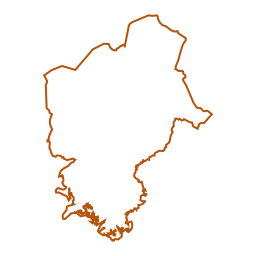 the district of Nacaome, Valle, Honduras
{"feature_id": "27666195B51489907150139", "entity_name": "Nacaome", "entity_type": "district", "adm_level": 2, "iso_a3": "HND", "parent_name": "Honduras", "parent_adm1": "Valle", "projection": "natural_earth1", "projection_center": [-87.534, 13.506], "detail": "fine", "context": "isolated", "style": "outline", "palette": "amber", "viewbox_px": 256, "rotation_deg": 0, "n_neighbors": 0, "source": "geoboundaries", "source_scale": "gbopen_adm2", "svg_char_len": 5851}
<svg xmlns="http://www.w3.org/2000/svg" viewBox="0 0 256 256"><path d="M156.9,15.4L152.2,15.8L148.4,15.4L132.9,21.9L129.9,23.8L128.9,25.5L124.8,46.2L123.7,44.8L122.9,44.7L121.8,45.8L120.2,46.1L119.3,47.4L116.6,48.8L116.3,50.2L115.1,50.5L112.8,49.8L111.1,48.4L110.1,47.3L108.7,44.1L104.0,43.7L92.9,49.3L75.3,69.9L62.5,66.1L61.4,66.2L51.5,70.2L44.2,75.3L47.1,81.0L46.6,83.6L45.8,84.4L46.6,108.1L49.2,110.5L49.6,112.8L52.0,114.2L50.4,118.0L49.8,122.1L50.1,124.5L52.1,129.7L50.2,133.2L48.6,138.0L48.8,139.2L47.4,140.3L47.5,141.5L49.1,141.4L49.8,142.2L49.4,148.2L50.3,149.4L51.0,152.3L52.8,155.9L55.6,156.7L57.0,155.4L60.7,155.8L62.1,157.7L63.4,157.1L63.9,158.7L67.0,160.1L73.2,158.6L75.1,159.8L74.3,160.3L73.5,162.0L71.2,162.7L68.0,166.1L63.7,168.4L60.9,170.7L59.4,174.6L59.1,176.6L60.3,176.0L61.4,176.5L62.1,175.1L62.7,175.7L63.5,180.6L62.2,182.7L64.0,185.8L66.1,186.8L65.9,188.0L64.1,189.4L62.5,189.6L58.3,188.0L56.5,189.2L55.7,190.8L56.2,192.7L58.8,192.4L67.0,196.5L68.7,200.4L69.6,199.4L69.9,197.6L70.3,197.7L68.8,194.0L69.2,192.1L69.0,188.9L69.4,187.7L69.6,194.0L71.1,196.0L70.7,194.2L71.1,194.0L71.3,192.1L71.5,194.6L73.7,197.9L73.7,200.2L72.8,200.9L73.1,202.6L72.6,203.5L74.0,204.4L67.8,206.1L66.8,207.0L66.5,210.0L63.2,214.2L62.6,215.7L63.0,218.7L65.0,219.0L70.4,214.2L70.6,213.7L70.1,213.1L71.2,213.6L73.6,212.9L75.6,213.1L74.2,211.7L75.8,212.7L78.5,210.7L80.9,210.4L81.9,213.3L85.1,212.3L86.1,211.5L85.9,210.1L83.5,207.6L83.4,206.8L84.1,205.9L85.9,205.4L86.6,203.9L87.2,203.6L88.3,205.0L87.5,207.1L88.7,205.6L89.9,205.1L90.4,206.0L89.6,207.1L90.6,206.9L91.3,208.8L91.8,208.7L91.9,207.6L90.7,206.7L90.7,206.2L92.2,207.7L92.1,208.8L91.1,208.8L90.5,207.0L89.1,207.7L89.1,207.0L90.0,206.2L89.8,205.6L89.0,205.9L88.2,207.5L87.2,207.5L87.6,204.6L86.4,205.9L83.7,206.9L86.5,210.2L86.7,211.3L86.3,212.2L82.1,214.0L81.5,213.9L80.4,212.5L78.9,212.3L78.1,214.2L80.7,216.3L85.5,215.3L86.9,214.5L86.8,212.9L89.1,212.6L89.4,212.8L89.4,213.5L88.4,214.2L89.0,214.9L88.2,214.8L88.1,213.6L89.3,213.1L87.1,213.0L87.2,214.5L86.3,215.5L88.0,217.0L90.0,217.1L91.9,215.4L92.4,212.6L92.7,212.4L92.3,215.4L92.9,214.5L93.1,215.2L93.6,215.0L93.9,213.9L94.6,212.7L94.0,214.1L94.1,215.1L93.7,215.9L93.2,216.0L93.2,218.3L93.8,218.7L94.2,217.4L95.2,217.5L95.6,216.2L95.7,217.1L95.2,217.9L96.1,219.0L95.5,219.9L97.0,220.9L97.9,219.7L96.3,218.8L96.3,218.0L96.6,217.3L97.9,216.5L98.1,217.1L97.1,217.3L96.5,218.4L98.1,219.4L98.2,221.2L97.3,221.6L92.8,218.4L92.5,215.8L91.4,218.7L92.3,218.9L93.9,221.4L93.3,221.0L91.9,221.9L90.6,221.7L92.4,223.4L93.5,222.4L94.5,222.9L96.5,222.3L95.0,223.3L95.2,224.3L95.7,223.9L96.6,224.9L97.0,223.7L97.4,223.8L97.3,224.9L104.8,220.4L104.0,222.5L101.8,223.9L100.5,225.4L98.2,230.1L98.2,231.5L98.7,232.2L102.3,229.2L102.7,228.3L104.1,227.7L104.5,228.3L104.6,229.3L104.2,228.0L103.4,228.0L102.5,229.3L99.4,231.6L99.1,232.4L102.5,235.0L104.1,235.1L104.3,234.1L104.8,234.9L106.0,235.1L107.3,234.4L109.9,234.1L109.0,233.4L110.1,233.5L110.5,232.5L111.5,232.1L110.6,230.7L111.2,229.0L111.0,231.2L112.3,232.8L113.7,233.2L113.8,231.3L112.9,230.7L114.2,231.3L115.4,231.0L115.4,230.2L114.5,229.4L115.5,229.9L115.8,230.9L114.4,231.5L114.0,233.7L115.5,233.4L114.4,234.2L115.3,234.3L115.5,235.7L115.1,234.4L114.6,234.4L114.7,235.4L114.0,235.3L114.4,234.8L113.9,233.7L111.2,232.7L109.6,234.8L107.6,234.7L106.7,235.6L106.8,236.0L110.4,237.6L110.9,238.9L112.4,240.6L113.9,240.5L113.6,239.8L115.1,239.1L118.3,239.4L121.5,236.7L121.9,235.3L121.5,233.3L122.8,231.5L121.1,232.8L120.4,232.6L120.2,230.5L118.8,230.6L118.7,229.0L117.9,228.5L117.3,226.5L117.9,226.9L118.6,228.8L118.5,227.2L119.2,228.9L119.1,230.4L120.5,230.3L120.5,228.2L120.7,228.7L121.3,228.3L120.7,232.5L122.6,231.0L122.0,230.3L121.6,229.6L122.6,228.2L123.6,227.9L122.2,229.1L121.9,230.0L123.7,231.0L126.3,228.7L129.0,228.5L127.5,229.2L126.7,230.5L127.0,231.3L128.3,232.0L129.0,230.1L129.7,230.9L130.3,229.4L131.3,229.5L132.3,225.6L132.1,223.1L131.3,221.6L129.9,221.8L128.4,222.8L128.0,223.3L128.1,224.5L127.6,223.8L127.7,223.2L125.8,223.2L125.7,222.2L127.4,220.5L126.2,217.6L127.2,214.5L126.9,214.1L126.3,214.7L125.7,214.3L126.4,214.0L126.5,212.8L127.6,212.3L126.8,213.7L127.7,214.5L129.2,212.2L131.4,211.1L130.6,210.6L130.8,210.3L131.8,210.5L131.8,211.7L133.0,211.3L134.5,208.3L135.5,208.5L136.5,209.9L136.8,208.5L138.7,207.8L138.4,204.9L140.5,204.8L143.0,203.7L144.9,201.6L144.8,201.1L142.4,201.3L140.5,200.3L140.7,196.8L141.2,195.6L143.4,194.9L145.5,195.8L146.4,194.3L146.2,193.9L145.0,194.3L144.2,194.0L143.7,191.7L143.1,191.4L143.6,190.9L142.9,190.4L143.2,189.8L143.5,190.5L145.5,190.7L144.8,189.1L143.7,188.9L142.3,184.4L142.2,182.5L141.4,181.8L140.3,182.4L139.5,181.7L139.1,182.1L138.2,181.5L138.6,179.9L135.8,178.4L134.2,176.3L134.4,174.0L135.5,172.1L135.9,169.8L137.0,169.3L135.8,167.5L136.1,165.8L136.8,165.4L137.7,166.4L138.1,164.8L140.3,164.2L140.6,162.5L142.2,162.9L143.1,162.3L143.2,161.8L142.4,161.7L143.2,160.1L144.9,161.2L147.5,159.2L149.1,159.8L149.4,157.1L151.4,156.6L152.5,155.4L154.6,155.5L154.6,153.8L155.3,152.9L159.4,150.7L162.8,151.0L164.2,150.4L164.8,147.9L166.1,147.2L166.1,144.9L168.6,143.1L169.7,141.0L170.7,135.7L172.7,131.9L171.7,130.6L171.9,128.3L173.8,126.0L173.5,122.5L174.9,120.6L175.3,118.7L176.8,118.7L178.4,119.7L179.6,118.8L181.9,120.5L182.9,120.2L184.0,119.2L189.9,122.2L192.1,122.6L193.2,126.4L197.6,128.7L198.0,127.3L198.7,126.5L198.6,125.2L199.1,124.3L200.7,123.2L204.3,122.8L211.8,114.2L208.0,111.1L206.9,110.7L205.5,111.2L203.3,111.0L200.8,108.2L197.9,108.0L196.6,107.2L193.5,102.8L186.1,85.2L183.1,80.2L183.1,78.8L185.4,77.3L185.4,75.4L183.4,73.8L183.0,71.4L181.0,70.7L179.8,71.1L178.1,70.7L176.3,69.4L175.4,69.2L175.9,66.2L178.1,60.7L182.3,46.0L184.0,42.6L185.6,40.7L185.8,38.2L179.0,33.7L177.7,32.5L177.5,31.1L174.7,31.6L170.9,30.2L166.1,26.3L162.4,25.1L159.9,22.6L158.1,19.3L157.7,16.6L156.9,15.4Z" fill="none" stroke="#b45309" stroke-width="2"/></svg>